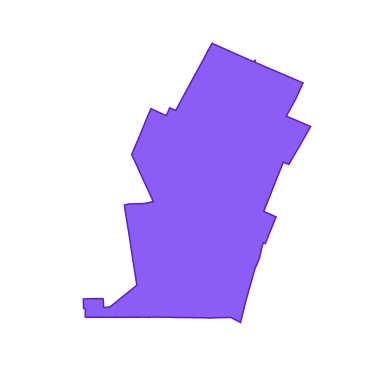 Rosiori, Braila, Romania, rotated 255°
{"feature_id": "2599482B90808426082179", "entity_name": "Rosiori", "entity_type": "district", "adm_level": 2, "iso_a3": "ROU", "parent_name": "Romania", "parent_adm1": "Braila", "projection": "albers", "projection_center": [27.361, 44.829], "detail": "fine", "context": "isolated", "style": "filled", "palette": "violet", "viewbox_px": 384, "rotation_deg": 255, "n_neighbors": 0, "source": "geoboundaries", "source_scale": "gbopen_adm2", "svg_char_len": 3266}
<svg xmlns="http://www.w3.org/2000/svg" viewBox="0 0 384 384"><g transform="rotate(255 192 192)"><path d="M318.2,265.0L318.3,264.9L319.3,263.6L320.6,262.0L325.7,255.7L326.3,255.0L327.7,253.3L329.2,251.4L329.3,251.3L329.6,250.9L330.1,250.2L330.4,250.2L330.5,250.1L330.5,249.9L326.8,246.4L324.3,244.0L324.4,243.7L324.2,243.4L323.9,243.3L323.7,243.1L323.2,243.0L317.9,238.0L315.5,235.7L313.0,233.4L304.7,225.4L303.1,223.9L277.1,199.4L275.0,197.3L279.1,192.3L277.6,191.1L274.1,188.3L272.5,187.0L276.3,182.2L277.7,180.5L280.2,177.4L283.1,173.9L282.9,173.7L276.4,168.6L265.8,160.5L257.5,154.1L254.4,151.7L244.9,144.3L243.8,143.4L242.8,143.6L235.5,144.9L227.2,146.3L208.6,149.4L205.5,150.0L199.4,151.0L192.8,152.1L192.8,151.9L193.2,143.6L193.9,140.1L196.5,129.5L196.6,129.1L196.8,127.6L196.8,124.6L196.8,123.2L195.6,123.1L193.9,122.9L193.6,122.9L189.7,122.4L188.1,122.3L187.0,122.2L186.9,122.2L185.4,122.0L179.8,121.4L177.8,121.2L174.6,120.9L174.4,120.9L173.3,120.8L170.1,120.5L169.4,120.4L164.8,119.9L159.9,119.4L158.3,119.2L156.7,119.0L136.9,116.8L116.3,114.6L115.7,113.4L107.8,95.5L103.4,85.7L103.2,85.4L102.9,84.6L102.7,83.6L102.5,82.7L102.5,81.8L102.5,81.3L102.6,80.0L102.9,78.7L103.1,77.9L103.4,76.8L104.7,77.1L106.5,77.5L108.3,77.9L109.9,78.2L112.1,78.5L113.1,74.7L113.8,71.8L114.6,68.8L115.4,65.7L116.8,59.3L113.4,58.5L108.7,57.4L107.6,57.1L106.7,58.4L106.5,58.6L106.3,58.6L104.2,58.0L99.5,56.6L99.1,56.5L98.9,56.5L98.6,56.7L98.4,57.0L97.7,59.9L96.7,63.6L95.8,66.9L94.4,72.1L93.2,76.7L92.2,80.6L90.7,85.9L90.5,86.5L90.3,87.1L90.4,87.3L89.5,90.4L86.1,103.6L85.6,105.2L84.6,108.9L83.9,112.0L83.5,113.3L82.5,117.0L82.3,117.2L82.0,117.5L81.9,117.6L81.9,118.0L82.0,118.3L82.0,118.8L81.8,119.5L81.0,122.7L80.1,126.2L79.5,128.3L78.6,131.5L78.2,133.0L77.1,137.0L75.5,142.2L73.9,147.7L73.8,148.1L70.6,159.8L69.6,163.0L68.6,166.7L67.9,169.3L67.1,172.0L65.8,175.9L64.3,182.7L60.8,196.9L53.4,205.1L57.5,207.4L62.5,210.1L64.4,211.2L73.4,216.1L73.8,216.4L103.7,234.2L103.4,234.6L111.1,240.3L117.6,243.7L117.7,243.4L124.4,247.7L123.2,249.6L127.6,252.8L132.1,256.1L143.7,264.9L146.2,266.8L146.6,266.4L147.1,265.7L147.6,265.1L148.3,264.2L148.6,263.9L154.7,256.3L155.5,256.9L160.4,260.5L163.4,262.7L165.5,264.3L168.4,266.5L169.3,267.1L169.9,267.6L170.9,268.4L172.2,269.3L173.1,269.9L186.0,279.5L188.4,281.4L191.9,284.0L193.0,284.8L194.9,286.3L196.8,287.7L197.1,287.8L193.6,292.7L194.1,293.2L195.2,294.3L196.8,295.8L199.0,298.1L201.4,300.4L202.5,301.7L203.1,302.3L203.7,302.9L204.8,304.0L205.9,305.1L207.1,306.3L208.3,307.6L209.9,309.1L211.5,310.7L213.0,312.1L214.4,313.6L215.8,315.0L217.3,316.4L218.0,317.1L218.8,317.9L219.7,318.8L220.6,319.6L221.2,320.3L222.5,321.6L223.1,322.2L223.8,322.9L224.5,323.5L227.3,320.0L230.1,316.5L232.5,313.5L233.6,312.1L234.4,311.1L235.1,310.2L235.8,309.3L236.1,308.9L236.5,308.4L238.7,305.5L241.0,302.6L241.4,303.2L246.2,307.9L248.2,309.8L255.0,316.3L259.1,319.6L261.7,321.8L265.8,325.2L268.2,327.1L268.3,327.3L268.6,327.5L276.9,317.1L284.9,306.8L285.0,306.7L293.2,296.3L293.2,296.2L298.8,289.2L300.6,286.9L301.2,286.1L301.5,286.4L301.8,286.6L302.0,286.9L302.3,287.2L302.6,287.1L303.0,286.7L302.8,286.3L302.3,286.1L301.6,285.7L304.3,282.1L305.7,280.5L309.7,275.4L317.3,266.1L318.2,265.0Z" fill="#8b5cf6" stroke="#5b21b6" stroke-width="1.5"/></g></svg>